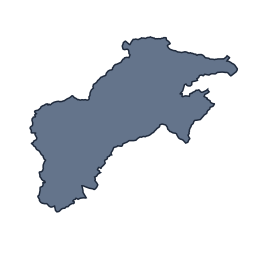 Song Ma, Son La, Vietnam (Equal Earth projection), rotated 101°
{"feature_id": "81297802B25580956843795", "entity_name": "Song Ma", "entity_type": "district", "adm_level": 2, "iso_a3": "VNM", "parent_name": "Vietnam", "parent_adm1": "Son La", "projection": "equal_earth", "projection_center": [103.658, 21.099], "detail": "fine", "context": "isolated", "style": "filled", "palette": "slate", "viewbox_px": 256, "rotation_deg": 101, "n_neighbors": 0, "source": "geoboundaries", "source_scale": "gbopen_adm2", "svg_char_len": 5773}
<svg xmlns="http://www.w3.org/2000/svg" viewBox="0 0 256 256"><g transform="rotate(101 128 128)"><path d="M40.0,139.8L42.8,141.1L45.7,142.0L45.8,142.3L45.7,142.7L43.3,146.9L43.3,147.3L45.0,148.8L46.8,148.9L48.6,149.3L51.0,148.2L51.6,147.7L51.7,146.2L51.0,144.6L50.8,143.4L51.2,142.7L52.3,141.9L54.8,141.2L55.6,140.1L56.2,140.0L58.7,140.5L58.9,142.8L59.8,144.8L61.0,145.2L61.3,145.9L62.0,146.3L64.9,147.5L67.6,151.3L68.1,152.6L70.0,153.9L71.3,154.1L71.9,154.6L73.4,154.5L74.0,155.0L74.8,157.1L76.0,158.5L78.3,159.7L80.5,159.9L81.1,160.6L82.0,162.3L82.6,162.9L83.4,164.3L86.1,165.8L87.2,166.8L88.7,167.3L89.5,167.8L90.4,168.6L91.8,170.2L94.2,170.3L95.4,169.6L97.6,171.2L100.0,171.8L100.9,171.9L103.5,171.6L105.0,172.3L106.5,171.7L107.4,171.9L108.3,172.9L108.5,173.4L108.3,175.3L108.9,176.9L109.0,178.6L109.8,180.3L109.5,182.0L109.8,182.7L108.7,185.1L108.5,186.5L107.5,187.6L107.1,188.3L107.0,188.8L107.2,189.3L108.6,190.3L109.7,191.4L110.9,193.2L113.5,195.9L113.8,196.8L114.6,197.9L115.0,199.5L115.2,199.9L115.0,201.1L115.5,202.8L116.8,205.5L118.4,207.4L120.0,208.5L120.1,209.1L119.7,210.1L120.4,210.4L120.5,211.3L119.9,211.6L119.7,211.9L120.4,213.4L121.8,214.7L122.2,215.6L123.3,216.9L124.0,217.5L125.2,217.7L127.5,219.5L128.8,222.4L129.5,222.8L130.6,222.2L131.5,220.7L132.3,221.7L133.0,222.1L134.3,221.1L134.8,221.2L135.4,223.0L136.4,223.3L137.0,223.8L138.6,223.8L141.1,222.5L143.3,222.2L143.9,222.4L145.6,223.9L146.5,224.1L147.3,223.9L147.5,223.4L149.0,222.4L151.0,222.1L151.2,221.8L150.6,218.2L150.7,217.8L151.5,218.2L152.2,218.0L155.1,215.6L156.5,215.6L157.3,216.1L158.7,217.9L159.1,218.1L160.3,218.2L161.0,219.4L161.7,219.7L162.6,218.0L163.6,217.1L164.3,215.3L165.9,214.2L166.5,213.5L167.5,210.8L168.1,210.1L170.6,208.0L171.6,206.0L172.6,205.7L174.7,204.2L175.2,202.9L175.7,202.8L176.9,203.5L180.5,204.2L182.9,203.8L183.8,203.4L186.1,203.7L187.4,204.6L188.1,206.5L188.8,206.6L191.1,205.4L191.8,205.4L192.7,205.1L194.1,203.4L194.8,203.1L195.3,202.3L196.0,200.9L195.9,200.1L196.2,199.5L197.3,199.0L197.7,199.4L197.6,200.6L198.0,201.1L199.5,200.6L200.9,200.6L201.6,200.9L203.0,202.9L204.9,202.7L205.7,202.4L210.0,202.4L210.7,202.4L212.0,203.4L212.7,203.3L215.1,201.2L216.1,201.1L217.5,199.6L218.0,198.5L218.2,197.7L218.2,195.2L217.8,193.6L218.1,192.7L219.7,190.7L220.3,189.1L220.3,188.4L220.1,187.7L218.7,185.2L222.8,183.4L223.9,181.8L223.2,180.0L222.6,179.4L220.2,177.8L219.3,176.5L218.8,174.7L217.0,173.5L216.7,171.9L214.6,170.6L212.8,168.5L212.6,167.2L212.2,166.7L211.5,166.6L210.7,166.8L210.4,168.0L210.0,168.2L209.0,167.6L207.9,166.0L207.0,165.8L206.9,165.3L207.5,163.4L206.0,161.4L205.0,158.3L204.8,156.2L204.5,155.7L199.9,159.8L197.6,160.4L193.5,162.2L193.3,161.0L193.9,158.1L194.5,154.2L194.4,151.0L194.8,149.7L194.6,149.0L193.2,148.0L192.0,147.4L189.6,146.8L188.0,148.1L185.9,150.5L185.0,150.3L183.1,150.9L182.5,151.4L181.2,149.6L179.2,148.9L177.0,146.5L176.6,147.7L175.6,147.9L174.8,150.0L174.3,150.0L172.3,149.3L172.3,148.2L172.8,147.0L172.6,146.7L171.5,146.6L169.3,145.0L167.0,143.7L166.5,143.8L165.9,144.3L164.6,144.7L163.8,144.4L162.7,142.9L162.1,142.5L160.4,142.7L159.1,140.8L158.3,140.8L158.1,140.6L157.5,138.9L156.1,139.8L155.2,139.8L153.1,138.9L149.9,138.3L148.4,135.4L147.5,134.8L147.2,131.1L146.5,130.2L144.7,130.1L143.9,129.2L142.2,126.4L140.2,124.5L139.3,120.0L138.5,117.9L136.4,116.5L134.6,114.6L134.4,112.8L133.7,112.0L133.3,111.0L133.3,109.4L132.2,108.1L132.1,107.5L131.4,106.2L130.2,104.8L128.1,103.1L127.9,102.6L127.0,101.8L126.0,101.4L124.0,100.0L123.1,99.6L121.0,97.5L120.5,97.3L119.0,97.4L118.0,96.1L117.6,95.2L117.8,91.6L119.5,89.7L121.6,88.7L122.4,87.4L123.4,86.3L123.5,85.2L124.2,83.0L124.1,80.4L124.5,79.2L125.6,78.6L127.9,76.6L128.5,75.7L128.9,74.5L129.0,72.8L129.3,72.2L129.4,71.6L131.8,68.5L130.6,66.6L128.2,66.1L127.0,65.4L126.4,65.4L125.4,66.5L123.5,67.7L121.9,66.9L120.8,67.3L119.5,67.1L118.3,67.4L115.7,66.9L114.7,66.4L113.2,66.4L111.2,64.9L108.9,64.6L107.8,63.9L107.2,61.9L105.9,58.6L101.4,56.0L100.7,55.7L98.8,53.7L98.1,53.4L96.9,53.5L95.5,52.9L93.9,51.4L92.0,51.3L90.6,48.9L89.9,48.4L88.1,47.8L87.8,47.9L87.8,49.6L87.4,51.2L87.0,51.9L85.6,52.7L84.6,55.9L84.3,56.1L83.8,55.8L83.6,55.9L82.6,59.3L80.4,59.0L78.7,56.7L77.0,55.3L75.4,57.1L74.8,57.2L76.3,58.4L78.6,61.7L78.8,62.3L78.9,62.7L78.4,63.9L77.2,65.3L77.1,65.9L77.7,66.8L77.9,68.2L78.1,68.6L79.1,69.1L81.0,71.7L81.8,71.9L82.0,72.8L82.6,73.8L85.2,73.8L85.4,77.2L85.6,78.1L86.8,80.2L86.7,80.9L84.0,81.4L84.6,82.9L84.6,83.2L84.2,83.3L81.0,81.4L74.8,80.8L73.8,79.6L73.8,79.4L74.9,78.3L75.2,77.0L74.9,75.0L73.4,73.7L70.7,74.1L70.1,73.4L69.1,70.9L68.0,68.9L66.4,69.8L65.1,68.3L63.0,67.9L62.6,67.4L62.0,65.9L62.1,65.1L62.4,64.2L62.1,63.8L60.7,63.1L60.6,62.4L60.6,58.9L60.4,58.3L59.3,57.2L58.7,56.0L58.3,53.0L58.0,52.3L56.4,50.9L55.1,46.2L54.9,43.8L55.0,43.3L54.7,42.5L54.6,41.1L55.1,40.0L56.3,38.6L57.2,37.1L56.9,36.6L52.1,32.5L50.2,31.9L49.0,32.0L45.9,35.2L45.1,36.6L44.8,38.0L44.0,39.7L43.3,42.0L43.4,43.7L42.0,43.2L40.1,41.9L39.5,41.8L38.2,44.5L39.8,45.3L41.9,47.2L43.1,53.1L43.6,54.1L43.9,55.3L44.3,56.0L44.3,58.0L44.7,60.2L44.7,60.9L44.1,61.9L44.3,65.4L43.7,66.4L43.3,66.6L42.2,68.6L41.9,70.2L42.6,73.2L43.5,74.1L43.3,74.9L42.6,75.5L42.8,77.3L42.4,78.7L42.6,79.9L42.2,80.9L42.9,82.4L42.7,82.8L42.8,83.5L42.3,84.7L42.3,86.6L43.7,89.8L43.7,92.6L43.9,93.6L43.1,96.2L43.3,98.0L42.8,101.3L42.4,102.4L41.4,103.8L39.9,105.0L39.5,105.0L38.3,104.1L37.6,103.0L36.9,102.8L35.2,104.7L34.7,106.1L34.1,107.1L32.2,107.8L32.1,108.2L32.3,108.7L32.4,110.0L33.2,110.9L33.5,112.1L34.2,113.0L34.5,115.3L34.8,116.0L34.9,117.1L35.3,118.4L34.7,119.3L34.9,120.0L34.6,121.0L34.7,121.9L34.3,123.5L34.9,124.1L35.5,126.3L36.7,127.8L36.8,128.3L36.7,129.5L37.0,131.2L36.9,131.9L37.5,132.4L39.2,134.8L39.3,135.7L39.2,137.4L39.9,138.8L40.0,139.8Z" fill="#64748b" stroke="#1e293b" stroke-width="1.5"/></g></svg>